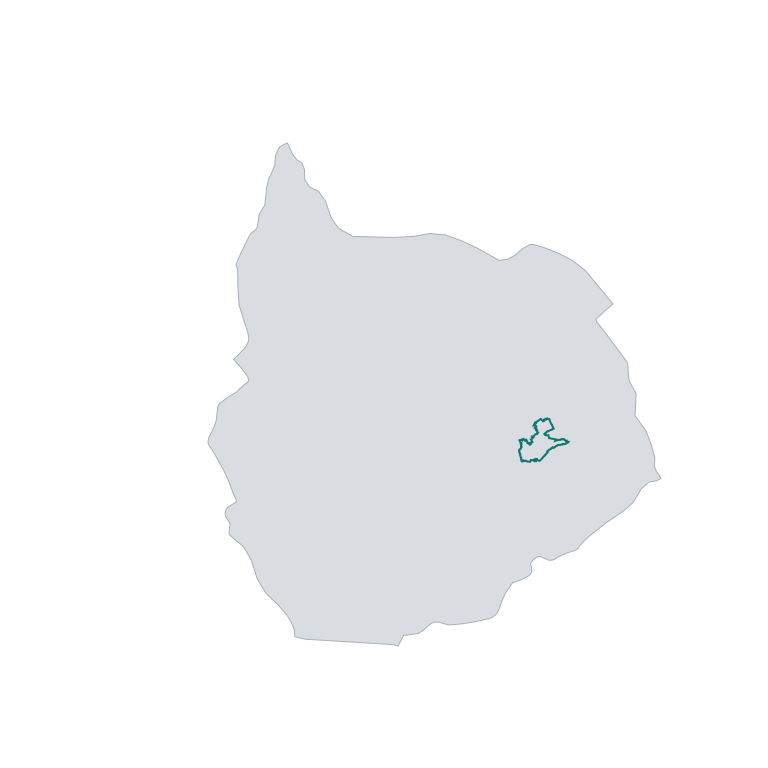 Goromonzi, Mashonaland East, Zimbabwe shown in context, rotated 51°
{"feature_id": "62879985B13905566839040", "entity_name": "Goromonzi", "entity_type": "district", "adm_level": 2, "iso_a3": "ZWE", "parent_name": "Zimbabwe", "parent_adm1": "Mashonaland East", "projection": "albers", "projection_center": [31.401, -17.8], "detail": "fine", "context": "in_parent", "style": "outline", "palette": "teal", "viewbox_px": 768, "rotation_deg": 51, "n_neighbors": 0, "source": "geoboundaries", "source_scale": "gbopen_adm2", "svg_char_len": 7475}
<svg xmlns="http://www.w3.org/2000/svg" viewBox="0 0 768 768"><g transform="rotate(51 384 384)"><path d="M524.4,612.3L518.7,608.5L510.9,606.0L501.1,604.8L488.2,605.4L472.5,607.5L455.5,605.1L437.4,598.0L422.3,595.6L404.4,598.9L403.6,599.0L400.5,596.6L395.5,591.3L387.3,590.5L385.1,589.3L383.2,587.4L382.0,584.9L381.5,582.1L382.7,573.4L382.0,572.4L379.8,571.4L375.2,570.4L364.4,566.6L350.7,563.0L328.6,559.2L320.0,558.3L318.0,557.0L315.4,553.9L311.0,544.0L306.9,537.5L297.2,527.5L295.6,524.4L295.9,516.3L296.5,509.8L297.4,504.2L296.9,499.1L296.6,492.6L296.8,488.3L295.5,486.5L292.0,485.2L282.1,484.8L270.2,485.4L269.6,478.8L268.3,468.7L265.9,463.0L263.1,460.0L257.5,457.0L246.3,452.9L231.0,446.7L217.8,437.3L202.6,425.6L197.8,423.6L192.0,412.4L183.1,393.1L183.4,386.6L182.1,383.5L173.6,374.1L171.7,369.2L170.1,364.2L156.7,350.6L152.0,344.6L148.4,336.9L144.9,330.7L141.9,328.3L138.1,324.1L135.3,319.3L134.1,315.7L134.9,310.8L136.0,307.4L148.6,310.5L155.3,310.6L160.6,308.7L167.2,310.8L175.2,316.9L183.8,317.9L192.9,313.7L205.4,314.5L221.3,320.4L234.4,321.4L249.7,315.4L263.2,299.5L275.9,284.6L288.4,267.4L295.9,253.6L307.0,242.3L321.8,233.5L337.0,226.0L360.3,216.8L364.8,209.5L366.3,201.5L366.1,190.4L367.3,183.2L369.7,179.9L373.5,177.3L378.5,173.9L393.9,165.3L406.8,159.8L422.6,156.1L439.9,155.9L456.5,155.8L466.0,155.7L466.2,166.4L467.0,178.3L468.8,179.5L481.4,179.7L501.4,180.5L520.8,181.3L533.1,189.9L537.3,191.8L550.1,194.1L566.5,208.7L586.2,210.1L599.7,214.7L611.6,219.8L618.4,225.8L622.8,227.2L628.8,227.7L631.7,228.2L631.0,232.5L627.0,239.8L627.4,250.2L632.8,264.7L633.4,277.3L631.6,299.5L631.5,320.9L632.0,328.6L632.8,333.7L633.9,336.5L633.7,339.7L630.4,348.6L627.7,358.1L627.6,361.9L626.5,364.5L624.6,366.9L616.1,371.2L614.6,373.9L614.6,378.8L615.6,383.0L618.8,384.5L622.6,386.9L624.1,389.9L624.1,393.2L622.8,399.2L619.4,409.1L622.7,420.6L626.4,428.1L631.6,436.7L633.7,442.0L633.6,445.9L632.8,449.5L624.8,465.2L619.1,474.9L612.1,485.3L603.0,491.8L600.7,494.9L599.7,498.5L600.0,506.3L599.5,514.5L591.7,527.1L596.5,537.9L595.4,538.9L592.7,540.5L581.6,552.6L570.3,564.9L562.0,573.9L552.7,584.1L542.2,595.5L533.3,605.3L524.4,612.3Z" fill="#d9dde1" stroke="#a8b0b8" stroke-width="1"/><path d="M514.5,277.4L514.6,277.5L514.9,277.6L515.0,277.7L515.0,277.9L514.7,278.1L514.5,278.5L514.3,278.7L514.0,278.8L513.8,278.8L513.7,279.0L513.3,279.1L513.2,279.3L513.1,279.5L513.4,279.7L513.3,279.9L513.6,280.0L513.7,280.3L513.7,280.6L513.2,281.2L512.6,281.5L512.8,281.8L512.9,282.0L512.7,282.2L513.1,282.4L513.4,282.8L513.1,283.5L513.0,284.0L509.8,284.1L509.6,285.7L509.6,286.2L509.6,287.3L509.5,288.2L509.4,288.7L509.4,289.0L509.0,288.7L510.0,290.2L509.0,290.7L510.4,293.8L510.7,293.3L511.1,293.3L511.2,292.8L511.4,292.3L512.2,292.3L513.1,292.4L513.2,292.6L513.2,293.1L513.3,293.3L513.2,294.2L513.5,294.0L514.6,294.1L514.6,294.4L514.5,294.5L515.2,294.7L515.2,294.3L515.1,294.2L514.9,293.9L515.1,293.7L515.4,293.8L515.4,294.2L515.9,294.4L515.8,294.6L515.6,294.7L515.8,294.9L516.0,294.9L516.2,294.4L516.8,294.6L517.3,294.4L517.9,295.0L518.4,295.9L518.4,295.7L518.5,295.6L518.6,295.4L518.8,295.4L518.8,295.5L518.9,295.4L519.2,296.4L518.7,296.6L518.7,297.5L518.3,298.0L518.6,299.7L518.9,300.2L519.3,300.9L518.1,301.7L518.3,301.8L519.2,302.2L519.0,302.4L518.8,302.7L519.5,302.7L519.5,302.8L519.7,303.4L519.7,303.5L519.9,304.1L520.0,304.7L519.9,304.8L522.2,305.1L522.1,305.6L522.5,305.6L522.3,306.9L521.9,307.6L522.6,307.8L522.3,308.1L522.9,308.8L522.7,309.0L521.9,308.1L521.3,308.1L521.1,308.9L521.2,309.0L520.6,309.5L520.1,309.7L519.9,309.6L520.0,309.3L519.3,309.1L519.2,309.3L518.0,308.8L518.0,309.1L517.9,309.2L516.9,308.7L516.8,309.3L516.7,309.5L516.2,309.6L516.4,310.1L514.5,310.1L514.5,311.3L514.4,311.3L514.5,311.5L514.3,311.6L514.8,312.1L513.9,312.4L513.8,312.7L513.5,313.0L513.2,313.4L513.1,313.7L512.9,314.0L513.2,314.3L513.3,314.3L513.6,314.4L513.9,314.4L514.7,314.6L515.3,314.6L515.5,314.7L515.8,314.6L515.8,314.9L515.8,315.1L516.0,315.2L516.3,315.4L516.8,315.2L516.8,315.3L517.2,315.5L517.4,315.4L517.5,315.4L517.5,315.7L517.6,315.8L517.8,316.0L518.0,316.1L518.4,316.3L518.3,316.5L518.5,316.7L519.0,316.5L519.2,317.0L519.3,317.1L519.6,317.4L519.7,317.6L519.9,317.5L520.0,317.8L520.0,318.1L520.1,318.4L520.3,318.5L520.5,318.9L520.3,319.2L520.3,319.4L520.3,319.6L520.2,319.8L520.3,320.0L520.3,320.5L520.7,321.0L521.1,321.0L521.5,321.2L522.0,321.5L522.3,321.6L522.4,321.9L522.7,321.8L523.1,321.9L523.8,322.5L524.0,322.4L524.3,322.2L525.1,322.8L525.3,323.2L525.4,323.3L525.7,323.3L526.3,323.5L526.7,323.8L527.1,323.8L527.4,323.9L527.7,323.8L528.2,324.2L528.4,324.7L528.7,324.9L529.1,325.1L529.3,325.1L529.6,325.0L529.9,325.1L530.3,325.5L530.7,325.6L531.0,325.6L531.4,325.0L530.4,324.4L531.4,323.5L531.9,323.8L532.9,322.0L534.2,321.6L536.5,319.3L535.5,317.8L536.7,316.5L537.2,314.8L538.5,315.8L538.7,315.6L538.7,315.1L539.0,315.0L539.2,314.9L539.3,314.6L539.5,314.5L539.6,314.4L539.2,314.1L538.1,313.9L537.8,313.3L538.0,313.1L538.2,312.9L538.2,312.7L538.3,312.6L538.4,312.8L538.6,312.8L538.6,312.6L538.8,312.6L539.3,312.7L539.6,312.6L539.9,312.6L540.5,312.2L540.8,312.2L541.0,312.1L541.3,311.7L541.7,311.3L541.6,310.0L541.5,309.4L541.5,309.0L541.5,308.7L541.4,308.2L541.3,307.7L541.1,307.2L541.1,306.5L540.8,306.1L540.8,305.4L540.9,305.2L540.7,304.6L540.8,304.4L540.9,304.1L540.7,303.7L540.4,303.2L540.5,302.7L540.4,302.5L540.5,302.2L540.3,301.7L540.3,301.1L540.0,301.0L539.9,300.8L539.8,300.6L540.0,300.3L540.0,299.9L539.9,299.9L539.5,299.5L539.3,299.4L539.1,299.3L539.0,299.0L538.9,298.9L539.2,298.5L539.2,298.2L539.2,297.8L539.1,297.6L539.0,297.4L538.9,297.3L539.1,296.6L539.3,296.0L539.5,295.5L539.4,295.1L539.3,294.9L539.4,294.7L539.2,294.5L539.3,293.8L539.6,293.3L539.5,293.1L539.8,293.1L540.1,292.4L540.5,292.1L540.4,291.8L540.4,291.6L540.5,291.3L540.3,291.2L540.5,290.5L540.5,290.0L540.4,289.6L540.8,288.9L541.0,288.2L540.9,287.8L540.8,287.6L541.0,287.2L540.9,286.9L542.4,285.1L542.5,284.7L542.8,284.0L543.4,283.5L543.3,283.3L543.1,283.1L543.1,282.9L543.3,282.4L544.0,281.8L544.1,281.5L544.5,281.1L544.6,280.9L544.6,280.7L544.8,280.5L544.7,280.2L544.8,280.0L544.9,279.7L544.8,279.4L544.8,279.1L544.7,279.0L545.1,278.4L545.2,278.0L545.0,277.9L545.1,277.6L545.0,277.4L545.0,277.1L544.7,277.3L544.7,277.5L544.1,277.9L543.8,277.8L543.7,278.0L543.6,277.9L543.4,277.8L543.4,278.0L543.3,278.4L543.0,278.4L542.6,278.4L542.4,278.3L542.0,278.4L542.0,278.7L541.3,278.7L540.8,278.9L540.6,278.9L540.5,279.0L540.0,278.9L539.7,279.1L539.6,279.8L539.3,280.2L538.7,280.4L538.7,280.7L538.5,280.8L538.4,281.4L538.2,281.7L538.3,281.9L538.4,282.1L538.3,282.3L538.0,282.6L537.8,283.0L537.4,283.3L537.3,283.6L537.0,284.1L536.8,284.2L536.8,284.4L536.8,284.5L536.7,284.5L536.2,285.1L536.1,285.5L536.2,285.8L536.3,285.8L536.2,286.2L536.0,286.4L535.9,286.7L535.2,285.3L532.7,287.5L529.8,289.8L527.3,288.4L525.5,290.8L524.4,290.7L523.8,290.8L523.7,290.8L523.7,290.3L524.0,289.9L523.8,289.7L524.0,289.3L524.0,289.0L523.7,288.5L523.7,287.9L523.5,287.3L523.5,287.2L523.9,286.6L524.0,286.3L523.9,286.2L524.1,286.0L524.0,285.8L524.1,285.6L524.1,285.4L524.2,284.9L524.4,284.4L524.5,283.9L524.5,283.7L524.7,283.2L524.8,283.0L524.9,282.6L525.0,282.5L524.9,282.3L525.0,281.9L525.1,281.6L525.1,281.4L525.3,281.3L525.3,280.7L525.4,280.2L525.2,280.2L524.5,280.1L523.4,279.6L523.0,279.7L522.5,279.5L522.0,279.5L521.6,279.3L521.5,279.2L521.3,279.3L521.0,279.1L520.3,279.3L518.8,278.8L518.4,278.7L517.8,278.5L516.9,278.1L515.6,277.8L515.5,277.7L514.5,277.4Z" fill="none" stroke="#0f766e" stroke-width="2"/></g></svg>